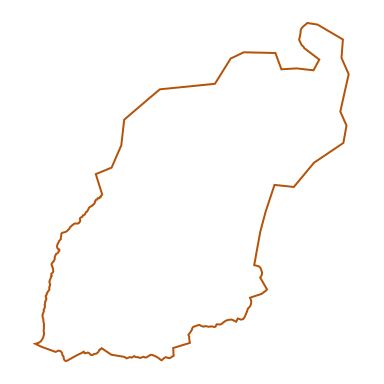 Bulgan, Arhangay, Mongolia
{"feature_id": "93677404B70129232678406", "entity_name": "Bulgan", "entity_type": "district", "adm_level": 2, "iso_a3": "MNG", "parent_name": "Mongolia", "parent_adm1": "Arhangay", "projection": "orthographic", "projection_center": [100.91, 47.19], "detail": "fine", "context": "isolated", "style": "outline", "palette": "amber", "viewbox_px": 384, "rotation_deg": 0, "n_neighbors": 0, "source": "geoboundaries", "source_scale": "gbopen_adm2", "svg_char_len": 5471}
<svg xmlns="http://www.w3.org/2000/svg" viewBox="0 0 384 384"><path d="M307.3,23.0L306.1,24.1L304.7,25.2L303.1,26.6L301.7,28.1L301.4,28.5L300.9,29.7L300.6,31.1L300.5,33.2L300.1,35.2L300.1,36.0L299.3,38.6L299.2,39.2L299.3,40.3L300.0,41.6L301.5,44.9L302.8,46.1L303.5,46.7L304.2,48.1L319.3,59.6L313.5,70.3L296.7,68.4L281.4,69.3L275.4,53.0L243.7,52.3L230.7,58.5L214.9,83.8L159.9,89.3L148.7,98.7L124.2,119.7L121.3,145.3L111.6,167.6L95.8,174.1L102.2,194.6L101.7,195.2L101.4,195.4L101.0,195.7L100.8,196.1L100.9,196.5L100.9,196.8L100.7,196.9L100.3,197.0L99.9,197.1L99.7,197.3L99.7,197.6L99.7,197.9L99.5,198.2L99.3,198.2L98.3,198.2L97.8,198.2L97.6,198.4L97.4,198.8L97.3,199.4L96.9,199.6L96.2,199.7L95.9,199.9L95.7,200.1L95.6,200.5L95.5,200.9L95.0,201.3L95.0,201.7L94.9,202.5L94.5,203.3L94.1,203.8L93.3,204.4L93.1,204.9L92.7,205.3L92.4,205.3L92.0,205.7L90.7,206.6L89.5,207.2L89.0,207.9L88.2,209.5L87.3,211.2L87.0,211.6L86.6,211.7L86.1,212.0L85.7,212.6L85.2,213.8L84.6,214.7L83.5,215.2L82.9,215.4L82.7,215.7L82.5,216.6L81.9,217.0L81.1,217.3L80.7,217.7L80.0,218.4L79.8,218.8L80.0,219.3L80.1,220.0L80.2,220.5L80.2,220.9L80.1,221.3L79.8,221.8L79.3,222.2L79.1,222.8L78.5,223.2L78.0,223.3L77.7,223.6L76.8,223.5L75.6,223.5L75.0,223.5L74.4,223.7L73.9,223.9L73.3,224.6L72.7,224.9L72.1,225.3L71.3,226.2L70.6,226.6L70.1,227.2L69.2,228.9L68.3,229.7L67.3,230.8L66.2,231.6L65.0,232.1L63.0,232.6L62.0,233.0L61.5,233.5L61.3,233.9L61.3,234.6L61.3,235.4L61.1,236.4L60.9,236.9L60.9,238.1L60.7,239.3L59.4,240.6L58.8,241.6L58.4,242.9L57.7,243.7L57.5,244.4L57.1,245.7L57.1,247.2L57.4,248.1L57.8,248.7L58.2,249.0L58.7,249.1L59.3,249.6L59.4,249.9L59.2,251.0L58.5,251.3L58.2,252.5L57.1,253.5L56.3,253.8L55.9,254.3L55.3,255.7L54.8,256.8L54.6,258.0L54.8,259.0L54.6,259.4L53.7,261.3L53.3,261.4L53.2,261.9L52.8,262.3L52.1,263.1L51.7,263.8L51.5,264.3L51.6,265.1L52.1,265.7L52.2,265.9L52.1,266.5L52.3,266.9L52.6,267.3L52.8,267.6L52.8,268.5L53.0,268.9L53.1,269.9L53.3,271.3L52.8,272.4L52.5,272.9L51.5,273.6L51.3,274.0L51.2,274.4L51.2,274.9L51.4,275.2L51.8,275.6L51.8,275.8L51.4,276.3L51.0,276.8L51.0,277.5L50.6,278.2L50.2,279.4L49.8,280.4L49.4,281.4L49.5,282.0L49.5,282.3L49.5,282.8L49.8,283.2L50.1,283.9L50.2,284.4L50.0,284.9L49.9,285.7L49.6,286.1L49.6,286.6L49.4,286.9L49.3,287.2L49.4,287.7L49.2,288.0L49.3,288.3L49.3,288.6L49.3,288.8L49.4,289.2L49.4,289.6L49.1,290.0L48.4,290.9L47.8,291.9L47.3,292.7L46.8,293.2L46.7,293.7L46.8,294.3L46.5,295.0L46.0,295.5L45.7,295.9L45.7,296.4L45.9,296.7L45.9,296.8L45.9,297.3L46.0,297.5L46.0,298.0L46.4,298.5L46.4,299.0L46.1,299.4L46.0,300.3L45.8,300.7L45.5,301.0L45.2,301.4L45.1,302.4L45.0,303.4L45.0,303.6L45.0,304.0L44.8,304.3L44.6,304.8L44.6,305.1L45.0,305.6L44.8,306.6L44.8,307.7L44.6,308.0L44.3,308.6L44.0,309.0L43.8,309.3L43.7,309.8L43.7,310.3L43.9,310.8L43.9,311.2L43.7,311.7L43.4,312.3L43.3,313.0L42.9,314.0L42.5,314.7L42.5,315.4L42.6,316.4L42.8,317.8L43.3,319.0L43.4,320.1L43.4,320.9L43.4,321.8L43.8,323.0L44.1,324.7L43.9,325.3L44.0,325.8L43.8,326.3L44.0,327.1L43.9,327.8L43.8,329.4L43.7,330.9L43.9,332.4L44.1,333.9L43.8,335.0L43.3,337.1L42.6,338.7L40.8,341.3L38.9,342.7L36.7,343.4L35.3,343.8L41.3,346.7L55.6,351.9L58.5,350.6L59.4,350.8L60.0,351.1L60.9,351.5L61.6,352.2L62.0,353.1L62.3,354.3L62.4,355.0L62.6,355.5L63.1,355.8L63.4,356.2L63.6,356.6L63.6,357.5L63.7,358.4L64.1,359.4L64.5,360.2L65.1,360.7L65.9,361.0L66.5,360.9L68.1,360.2L70.8,358.6L76.6,355.4L78.9,354.3L81.6,353.0L83.3,351.9L83.6,351.7L83.8,351.7L83.9,352.2L84.3,353.0L85.0,353.3L86.4,352.9L87.8,352.6L88.3,352.7L89.0,353.1L90.0,354.0L90.4,354.6L91.0,354.9L91.8,355.1L92.5,355.0L93.2,354.5L93.9,354.0L94.7,353.9L95.5,353.8L96.1,353.7L96.8,353.3L97.6,352.7L98.2,352.1L98.8,351.1L99.4,349.8L99.9,349.5L100.3,349.6L101.6,348.2L111.3,354.7L123.9,356.8L125.4,357.4L126.4,358.3L126.8,358.3L127.6,358.1L128.3,357.7L129.3,357.3L129.8,357.1L130.4,357.2L131.3,357.5L132.1,357.5L132.7,356.9L133.6,356.5L134.3,356.1L134.8,356.5L135.4,356.9L136.0,357.0L136.9,357.2L138.0,357.1L138.9,357.6L139.8,357.9L140.3,357.7L140.7,357.8L141.5,357.6L142.7,357.0L143.5,356.8L144.1,357.0L144.9,357.4L145.6,357.5L146.2,357.5L146.8,357.2L147.5,356.6L148.9,355.9L149.6,355.5L149.7,355.4L150.2,355.0L150.6,354.8L152.2,354.9L155.1,356.1L156.1,356.6L157.4,357.3L159.2,358.6L159.9,359.2L160.3,359.5L161.2,360.1L161.4,360.2L161.7,360.1L161.9,360.1L162.0,360.1L163.2,358.8L163.8,358.3L164.4,357.9L165.7,357.2L166.0,357.2L167.7,357.8L168.4,358.0L168.8,358.1L169.7,358.2L170.3,357.8L171.1,357.3L172.1,356.6L173.6,355.9L173.2,348.0L189.9,342.9L189.3,339.3L189.2,338.9L189.2,336.7L188.4,334.9L190.6,331.9L192.0,329.6L192.2,328.4L192.6,327.7L193.2,327.0L195.1,326.2L197.8,325.3L199.3,324.9L201.6,326.1L203.8,326.7L205.0,326.1L206.2,326.2L207.5,326.5L209.0,326.8L210.4,326.5L211.7,326.4L212.9,326.6L213.9,327.0L215.5,326.7L216.0,325.4L216.8,324.3L218.1,324.4L220.3,324.5L221.9,323.7L223.1,322.6L224.4,321.7L226.0,320.6L228.4,319.9L230.0,319.7L231.8,319.6L236.2,321.7L237.8,318.5L241.0,319.6L243.2,319.1L244.4,317.5L245.4,315.3L247.0,311.5L247.9,308.6L249.9,306.6L250.9,304.3L251.2,303.1L251.2,300.7L250.0,297.7L261.9,293.8L263.0,292.7L263.8,292.3L266.3,290.3L267.0,289.4L260.2,277.6L261.4,275.8L262.1,273.6L262.0,272.3L261.5,270.7L260.7,268.5L259.9,267.2L258.7,266.3L254.2,265.1L255.7,257.1L255.7,256.8L260.2,232.1L260.4,231.3L265.3,212.9L265.4,212.4L274.5,184.9L293.8,187.0L314.0,162.7L343.4,142.9L346.5,125.5L340.3,111.6L344.7,91.9L348.7,74.2L341.5,57.9L342.9,39.5L317.6,24.6L307.3,23.0Z" fill="none" stroke="#b45309" stroke-width="2"/></svg>